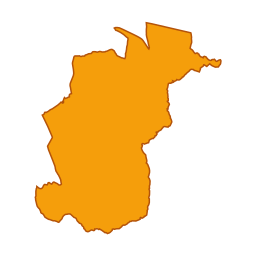 the district of Teso North, Western, Kenya, rotated 174°
{"feature_id": "3690345B58286800051126", "entity_name": "Teso North", "entity_type": "district", "adm_level": 2, "iso_a3": "KEN", "parent_name": "Kenya", "parent_adm1": "Western", "projection": "natural_earth1", "projection_center": [34.335, 0.681], "detail": "fine", "context": "isolated", "style": "filled", "palette": "amber", "viewbox_px": 256, "rotation_deg": 174, "n_neighbors": 0, "source": "geoboundaries", "source_scale": "gbopen_adm2", "svg_char_len": 5822}
<svg xmlns="http://www.w3.org/2000/svg" viewBox="0 0 256 256"><g transform="rotate(174 128 128)"><path d="M211.9,149.8L207.6,137.9L204.2,126.9L204.5,126.0L209.9,118.3L209.3,114.6L206.2,103.6L204.7,97.9L204.5,96.4L204.5,95.2L204.2,93.2L204.0,92.3L203.5,91.5L202.6,89.4L202.1,88.6L201.2,86.2L200.4,83.7L200.3,82.4L200.3,81.2L200.1,79.2L200.9,78.6L201.8,78.4L202.9,78.7L203.6,79.6L204.5,80.3L205.6,80.9L207.3,82.0L208.2,81.8L209.7,80.2L210.4,80.5L212.2,82.0L213.1,81.9L213.6,80.9L214.4,79.9L216.7,80.6L217.7,80.0L218.2,79.3L218.8,78.2L219.7,77.2L220.6,76.8L221.7,76.9L222.8,77.5L223.6,78.1L224.0,78.7L224.8,79.4L224.9,78.4L225.7,76.9L225.8,76.1L226.2,75.0L226.5,72.2L226.6,70.5L226.8,69.7L227.4,68.9L227.4,68.1L227.2,67.3L227.4,66.3L226.9,62.4L226.8,61.5L226.4,59.5L225.2,57.6L224.6,57.0L223.8,54.9L223.6,53.9L223.5,53.0L223.0,52.3L222.0,51.8L221.4,51.1L220.9,50.3L219.9,48.0L217.3,46.0L216.3,45.4L215.3,45.1L212.1,43.5L211.2,43.5L210.4,43.3L208.4,42.4L207.6,41.8L206.7,41.5L205.8,42.1L205.2,43.0L204.3,43.6L203.2,44.6L202.3,46.3L201.6,47.1L200.9,47.7L200.0,48.3L199.1,48.6L197.4,48.6L196.5,48.8L195.6,48.6L194.8,48.7L193.9,48.0L191.0,44.7L189.9,44.2L189.0,43.5L188.7,42.3L188.3,41.2L187.8,40.3L187.1,39.6L186.3,38.4L185.1,37.9L184.1,36.9L184.0,35.8L183.5,35.2L182.7,34.4L182.4,33.5L182.4,32.5L181.5,31.8L180.9,30.2L180.2,29.6L179.1,29.1L178.1,29.1L177.5,29.3L175.9,30.1L174.8,30.4L172.7,29.5L171.9,29.9L171.7,31.0L170.7,30.9L169.7,31.1L168.5,30.8L167.6,30.1L166.8,30.6L166.1,29.9L165.1,29.3L161.7,26.2L160.9,26.4L160.3,26.0L159.6,25.2L157.4,25.7L156.4,26.3L154.4,27.9L154.2,28.9L153.1,29.1L152.2,28.7L149.9,29.0L147.2,28.8L144.5,30.6L143.9,31.4L143.2,31.8L142.4,31.9L141.3,31.7L138.9,32.7L138.3,33.4L137.0,33.9L136.0,34.9L134.9,34.7L134.1,35.1L133.2,35.2L132.1,35.0L129.8,34.7L127.6,35.3L126.9,35.5L125.4,36.1L125.4,37.1L124.9,37.7L124.2,37.5L123.6,36.8L121.5,37.6L121.0,38.5L120.2,38.5L118.5,39.5L117.6,43.0L117.6,44.0L116.9,44.8L116.7,46.1L116.8,47.1L116.5,48.1L115.4,49.5L114.6,51.6L114.5,52.4L114.4,53.3L114.2,55.4L114.7,56.1L114.5,57.1L113.7,58.9L113.5,60.1L113.1,63.3L113.5,65.1L112.9,65.7L112.9,67.0L112.7,68.4L112.2,69.3L111.6,73.0L112.1,75.4L112.8,76.5L112.8,77.7L112.3,78.4L112.1,79.2L111.3,81.2L111.0,83.2L111.1,85.5L112.2,89.6L112.8,90.6L113.5,91.3L112.9,92.2L112.7,93.8L113.2,97.6L113.2,99.3L115.2,101.9L115.8,103.2L116.3,104.5L116.6,105.8L116.7,106.9L116.1,107.5L115.5,109.2L116.0,109.9L115.8,110.6L115.0,111.0L114.1,110.7L113.2,110.3L112.1,110.7L111.0,110.8L110.2,111.2L109.1,111.2L108.0,113.8L105.0,115.1L104.2,114.8L102.2,116.4L101.9,117.4L100.9,117.5L99.7,119.1L100.1,119.7L100.4,120.8L99.6,121.0L98.8,120.7L98.0,121.6L96.9,122.0L95.0,122.9L94.5,123.7L93.3,124.7L92.8,125.3L92.1,125.6L91.2,125.6L90.0,125.2L88.0,124.7L87.3,125.6L86.3,125.6L85.7,126.2L83.9,129.2L83.8,130.0L84.3,132.4L84.9,133.2L84.7,134.1L84.9,135.7L85.4,136.6L85.7,137.8L85.8,138.8L86.0,139.6L86.5,140.5L87.1,141.0L87.0,143.0L86.2,142.8L86.1,144.0L85.6,145.2L84.4,147.1L84.6,148.1L85.0,148.9L85.7,149.7L86.1,150.5L85.1,151.0L84.9,153.0L85.3,153.9L85.0,154.8L84.9,157.9L85.2,158.8L84.8,160.1L84.7,161.3L85.3,162.1L84.9,163.1L84.4,163.9L83.7,166.3L83.5,167.1L83.2,167.8L82.4,168.3L80.6,168.0L79.7,168.8L79.1,168.5L78.1,168.8L78.4,170.1L77.3,169.4L75.1,170.2L74.4,171.1L73.4,170.5L71.7,170.5L70.9,171.0L69.0,172.3L68.6,173.0L67.6,173.1L65.5,175.3L64.7,175.6L64.1,176.3L61.1,178.3L60.4,179.1L59.1,179.8L56.7,179.3L56.2,178.4L54.5,177.8L51.2,176.3L49.9,178.8L49.7,180.0L48.2,180.9L47.1,181.4L46.4,182.1L46.1,182.9L45.4,182.8L44.8,182.2L43.2,181.0L42.6,181.5L40.0,183.3L39.2,182.4L38.2,181.4L37.1,180.7L34.8,179.4L31.7,179.3L30.5,180.9L29.8,181.4L29.2,182.3L29.0,183.3L28.7,184.1L28.6,185.4L29.0,186.2L30.1,186.1L31.1,185.8L32.1,185.2L32.8,185.0L33.6,185.4L34.5,186.9L35.0,187.4L35.9,187.1L36.7,187.3L37.5,187.2L38.0,186.6L39.1,186.6L40.6,187.3L41.3,188.0L41.8,188.8L42.4,189.5L43.0,190.6L44.7,191.3L45.5,190.9L46.0,190.0L47.0,190.8L48.0,191.1L48.7,191.7L49.6,193.2L49.8,194.1L50.5,194.4L50.9,195.2L51.8,195.4L53.4,195.0L54.1,195.8L55.0,197.3L55.4,198.2L56.2,199.2L57.1,199.9L57.9,200.7L57.5,202.0L56.6,204.6L56.1,205.5L55.7,206.6L55.6,208.1L55.6,210.2L55.4,211.0L55.3,211.8L55.4,214.9L55.6,216.1L93.6,229.2L98.8,230.8L98.9,226.7L99.4,224.4L99.7,222.0L99.8,220.2L100.0,218.9L99.9,216.9L99.1,211.8L98.9,209.3L98.5,206.7L98.4,205.6L99.0,204.4L99.6,205.2L103.9,213.4L104.8,214.7L106.0,215.8L107.3,216.8L109.6,218.4L113.4,220.8L122.8,226.6L126.1,228.5L128.1,229.0L130.2,229.2L131.2,228.8L130.7,228.2L130.3,227.1L129.9,226.4L128.5,225.9L127.8,225.3L126.6,224.6L125.4,223.8L122.5,221.4L120.0,218.6L118.7,217.5L118.7,216.2L119.0,215.2L119.3,214.4L120.0,210.6L120.4,209.8L120.8,208.7L121.3,206.2L122.1,203.4L122.7,202.3L122.9,199.8L123.2,198.7L123.9,197.3L124.9,197.6L126.0,198.2L127.0,198.4L129.3,199.9L130.1,200.3L131.1,200.9L131.8,201.9L132.1,202.9L132.7,203.7L133.0,204.5L133.7,206.2L134.3,206.7L134.9,207.3L135.7,207.8L136.7,207.9L138.2,207.6L140.8,206.6L142.2,206.5L142.9,206.1L143.8,206.2L145.0,206.2L146.2,206.4L146.9,206.8L148.1,207.1L150.8,206.6L152.1,207.2L153.3,207.4L154.3,207.5L155.3,207.4L156.6,206.0L159.7,205.9L160.8,205.4L162.9,205.0L163.6,204.1L165.9,204.3L167.0,204.0L167.9,204.2L168.9,204.9L169.6,204.8L173.2,205.2L174.0,204.8L174.5,203.9L175.2,201.8L176.2,199.3L176.5,198.2L176.5,197.0L176.2,192.2L176.2,189.6L176.3,187.8L176.9,185.8L180.7,178.5L181.0,177.5L181.2,176.0L181.0,174.5L180.6,168.1L181.4,168.0L182.4,167.6L183.0,166.8L182.9,165.9L183.0,165.1L183.9,165.0L185.5,164.3L187.2,163.9L188.0,164.9L189.0,163.2L189.2,162.5L189.6,161.8L190.5,161.0L189.4,160.8L189.5,160.0L190.3,159.6L192.0,160.7L192.5,160.2L195.3,158.2L201.4,154.9L202.2,154.7L203.7,154.1L205.7,152.8L206.7,152.5L207.6,152.0L208.4,152.3L209.3,152.2L209.5,151.4L210.1,150.6L211.0,150.1L211.9,149.8Z" fill="#f59e0b" stroke="#b45309" stroke-width="1.5"/></g></svg>